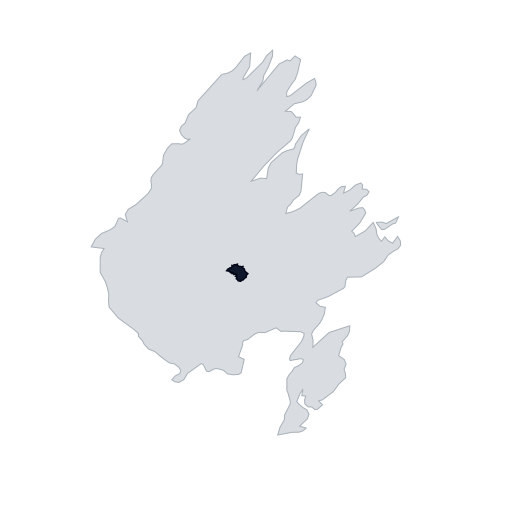 location of Athlone Lea-5, Westmeath, Ireland, rotated 145°
{"feature_id": "5873133B82984950591493", "entity_name": "Athlone Lea-5", "entity_type": "district", "adm_level": 2, "iso_a3": "IRL", "parent_name": "Ireland", "parent_adm1": "Westmeath", "projection": "natural_earth1", "projection_center": [-7.834, 53.445], "detail": "fine", "context": "in_parent", "style": "filled", "palette": "ink", "viewbox_px": 512, "rotation_deg": 145, "n_neighbors": 0, "source": "geoboundaries", "source_scale": "gbopen_adm2", "svg_char_len": 6031}
<svg xmlns="http://www.w3.org/2000/svg" viewBox="0 0 512 512"><g transform="rotate(145 256 256)"><path d="M323.6,109.5L312.9,115.1L311.3,117.2L308.3,125.7L307.9,128.1L301.2,137.6L297.5,139.5L291.8,141.1L288.6,142.6L284.6,141.8L279.4,141.9L276.9,143.6L277.0,144.9L278.6,146.4L288.0,150.8L287.5,152.6L284.8,154.7L267.8,159.8L262.8,162.9L261.0,164.9L262.8,168.3L276.4,178.6L278.7,179.7L280.7,185.6L292.6,188.1L297.5,191.9L301.7,192.8L310.9,192.4L314.6,193.8L316.7,192.8L317.9,190.8L328.1,183.5L324.9,178.1L335.2,168.8L338.1,169.0L342.9,171.8L346.9,175.7L348.2,181.0L352.0,185.7L354.5,187.4L361.1,188.3L362.6,190.2L361.5,197.0L362.5,199.3L379.3,199.1L386.0,196.1L391.8,196.7L394.7,199.7L396.0,202.9L391.0,204.1L385.8,203.4L383.2,205.5L383.1,209.5L384.9,214.7L388.4,218.3L391.3,226.6L393.7,235.8L397.4,241.3L398.2,248.2L397.6,251.5L398.4,257.6L396.8,259.8L398.0,265.5L404.3,283.9L405.7,298.2L402.7,303.6L398.7,308.8L396.1,314.8L394.1,321.4L393.0,332.0L384.3,344.4L380.5,347.4L376.2,349.3L385.8,358.0L378.0,361.9L369.6,363.1L360.2,361.0L354.4,361.2L347.0,365.7L345.3,364.9L341.7,357.8L339.2,365.1L333.8,367.5L324.6,367.0L309.1,369.0L303.2,371.1L300.7,374.3L298.9,378.1L296.5,380.4L293.7,381.6L281.8,384.3L279.5,385.5L273.9,391.6L266.7,395.1L260.7,396.2L255.3,392.6L253.1,390.5L250.7,389.4L242.5,389.6L245.1,390.7L246.7,393.2L247.5,398.0L246.6,402.8L242.5,405.2L237.7,405.6L230.1,410.5L220.0,411.9L214.5,416.4L181.1,424.1L179.2,424.1L174.7,422.2L169.7,421.3L164.7,421.9L150.7,426.2L143.9,425.4L152.6,414.7L164.3,409.4L165.5,407.9L161.7,407.2L139.7,410.9L132.0,414.1L124.3,415.0L127.9,410.2L137.9,403.5L146.4,399.2L150.1,395.3L160.5,390.8L127.0,400.0L118.2,398.9L116.2,396.3L109.3,397.5L106.8,391.3L117.1,382.0L123.0,378.0L130.0,375.8L136.8,372.7L139.4,368.9L136.2,367.7L116.0,368.7L106.3,367.9L106.9,364.9L108.7,361.5L118.8,355.8L124.2,354.9L129.1,355.5L137.6,358.8L148.9,357.7L144.2,354.1L143.5,346.7L139.9,344.2L144.5,340.8L149.9,338.7L158.8,331.6L161.9,330.5L179.4,328.8L198.3,325.1L217.0,320.0L207.5,317.1L202.9,313.3L195.5,321.0L190.1,323.9L175.1,325.5L170.4,324.6L163.7,322.2L161.6,323.1L159.7,325.0L149.7,328.7L139.3,329.6L151.5,322.7L167.0,311.0L170.4,307.4L175.4,300.9L173.9,298.1L170.7,296.5L182.0,283.3L185.9,280.9L193.0,280.5L198.3,278.4L200.6,278.4L202.6,277.6L207.2,273.7L200.2,271.2L192.9,269.9L170.3,271.3L167.4,271.0L164.6,269.8L162.8,268.0L161.5,263.5L159.8,262.5L154.7,262.5L149.7,263.9L146.2,263.8L142.8,261.8L148.3,257.3L141.3,256.2L134.1,257.1L128.2,255.7L128.0,252.8L130.7,250.0L127.2,247.2L126.5,243.8L130.3,242.1L134.4,242.7L142.8,240.2L153.6,238.9L144.4,236.4L140.8,234.3L140.6,231.0L141.4,228.2L152.1,223.5L163.4,221.4L162.6,218.3L163.5,214.9L152.0,213.9L140.7,216.3L141.9,209.8L144.7,204.0L145.3,200.2L144.8,196.1L139.5,197.8L138.9,192.1L136.7,188.1L128.8,190.8L129.1,185.6L131.4,181.9L135.5,180.4L139.5,181.0L147.1,181.0L154.4,178.2L164.9,177.5L181.6,178.4L193.1,186.1L196.1,184.8L200.7,179.9L202.9,179.3L220.2,181.4L230.9,184.3L233.8,183.4L232.3,178.0L228.6,174.2L233.3,169.3L238.9,165.9L242.7,164.3L251.4,162.2L255.2,160.2L257.8,153.9L261.8,148.6L240.0,151.4L219.2,145.1L222.5,140.7L226.9,138.2L234.5,136.3L235.2,134.0L239.0,132.1L245.4,127.0L243.1,120.5L244.3,115.7L248.9,112.6L250.3,108.1L252.4,104.8L261.6,103.6L270.5,100.5L284.2,100.1L287.7,101.4L286.9,95.9L293.3,95.2L295.8,96.3L296.9,100.2L299.9,102.6L300.8,106.9L298.8,110.2L295.6,112.7L298.6,115.3L293.9,120.0L298.9,118.0L306.1,113.4L305.7,109.6L304.5,104.9L302.5,100.7L303.4,96.0L307.4,93.1L317.9,91.6L313.6,86.3L317.4,85.8L321.6,86.9L327.8,91.0L340.9,96.9L334.5,102.0L326.7,105.6L323.6,109.5ZM138.4,212.0L138.1,214.5L133.1,211.3L130.7,207.9L116.9,206.4L122.7,202.9L125.5,203.9L135.2,204.1L137.9,205.5L138.4,212.0Z" fill="#d9dde1" stroke="#a8b0b8" stroke-width="1"/><path d="M288.5,260.8L287.5,259.7L287.2,259.6L287.2,259.4L287.1,259.2L286.8,259.0L286.6,259.0L286.5,258.9L286.7,258.1L286.5,257.8L286.5,257.7L286.4,257.5L286.0,257.2L286.1,256.8L285.8,256.8L285.8,256.7L285.8,256.4L285.8,256.0L285.5,256.0L285.3,255.9L285.3,255.7L285.2,255.7L285.3,255.5L285.2,255.5L285.2,255.3L284.7,255.1L284.9,255.0L284.7,254.9L284.8,254.7L284.9,254.4L285.0,254.4L284.9,254.4L284.9,254.2L284.7,253.9L284.7,253.7L284.7,253.4L284.0,253.3L283.8,253.2L283.6,253.2L283.4,253.1L283.3,253.3L283.2,253.3L283.0,253.1L282.9,253.1L282.7,253.0L282.7,252.9L282.8,252.7L283.0,252.4L282.9,252.4L282.9,252.1L282.7,251.9L283.8,251.2L283.7,251.1L283.4,250.9L283.5,250.8L283.7,251.0L283.8,251.1L284.3,251.0L284.2,250.9L284.1,250.6L283.9,250.5L283.7,250.5L283.5,250.4L283.8,250.1L284.0,249.7L284.0,249.4L284.0,249.2L284.4,248.9L284.5,248.8L284.8,248.8L285.1,248.8L285.2,248.6L285.0,248.3L284.9,248.0L284.8,247.9L284.8,247.7L284.7,247.4L284.7,247.2L284.8,246.8L284.8,246.6L284.6,246.7L284.6,246.4L284.8,246.0L284.6,245.8L284.5,245.7L284.3,245.5L284.1,245.0L283.9,244.7L284.0,244.7L283.7,244.6L283.0,244.1L282.8,244.4L282.6,244.4L282.4,244.3L282.2,244.4L282.1,244.5L281.9,244.7L281.7,244.5L281.6,244.4L281.4,244.3L280.5,243.8L278.0,244.3L277.1,244.2L276.6,244.2L276.1,244.3L275.9,244.6L275.5,245.0L274.9,245.6L274.3,245.9L272.8,246.2L273.8,249.7L273.0,252.5L273.4,253.0L273.5,253.1L273.6,253.5L273.7,253.9L273.8,254.0L274.0,254.1L273.8,254.1L272.7,254.7L272.6,254.9L274.7,255.8L274.8,255.7L274.6,255.9L274.7,256.1L274.8,256.5L275.0,256.6L275.5,256.8L275.6,257.0L275.9,257.3L276.0,257.4L276.0,257.8L276.2,258.2L276.4,258.3L276.6,258.6L276.6,258.8L276.8,259.2L276.9,259.3L276.8,259.6L276.3,259.7L276.3,259.8L276.1,259.9L276.0,260.0L276.3,260.1L276.5,260.2L277.0,260.2L276.9,260.1L277.0,260.1L277.3,260.3L277.8,260.5L278.0,260.9L278.8,261.3L279.0,261.4L279.8,261.5L280.2,261.4L280.3,261.4L280.7,261.4L280.8,261.5L281.0,261.7L281.2,262.0L281.6,261.4L281.3,261.2L281.6,261.1L281.8,261.0L281.8,260.9L282.1,260.8L282.4,260.7L283.0,260.6L283.2,260.8L284.1,261.1L284.4,261.1L284.5,261.2L284.8,260.9L284.9,261.0L285.0,261.0L285.3,261.2L285.5,261.2L285.8,261.2L286.0,261.3L286.3,261.4L286.5,261.4L286.9,261.4L287.7,261.0L288.5,260.8Z" fill="#0f172a" stroke="#020617" stroke-width="1.5"/></g></svg>